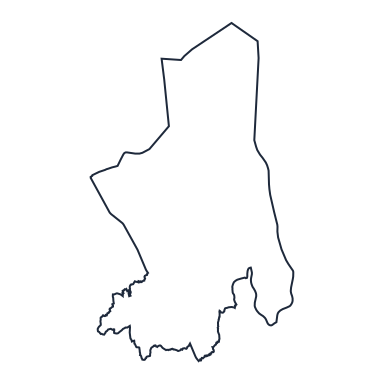 Pak Phayun, Thailand
{"feature_id": "78962969B11812729202220", "entity_name": "Pak Phayun", "entity_type": "district", "adm_level": 2, "iso_a3": "THA", "parent_name": "Thailand", "parent_adm1": "", "projection": "equal_earth", "projection_center": [100.293, 7.38], "detail": "fine", "context": "isolated", "style": "outline", "palette": "slate", "viewbox_px": 384, "rotation_deg": 0, "n_neighbors": 0, "source": "geoboundaries", "source_scale": "gbopen_adm2", "svg_char_len": 6081}
<svg xmlns="http://www.w3.org/2000/svg" viewBox="0 0 384 384"><path d="M90.7,177.9L109.7,212.6L111.1,214.1L121.9,222.7L122.6,223.3L123.6,224.6L137.5,249.7L145.9,269.6L146.5,270.7L148.0,272.9L147.2,273.5L147.2,274.5L147.1,274.9L146.1,275.1L145.5,275.6L144.9,275.8L144.5,276.6L144.5,276.9L144.7,277.9L145.1,278.3L145.1,278.6L144.8,279.2L144.4,279.6L144.3,280.6L143.2,280.8L142.1,281.6L141.6,282.1L141.2,282.0L140.8,281.4L139.9,282.2L139.3,281.4L138.5,281.1L138.2,282.3L137.2,281.9L136.1,281.9L134.9,281.3L134.0,282.6L133.7,283.3L133.2,284.1L132.8,284.3L131.6,284.3L130.8,284.6L130.7,285.1L130.2,285.4L129.9,286.1L129.7,287.1L130.0,288.8L129.7,289.2L130.1,290.4L130.3,291.3L130.7,291.9L130.7,292.7L129.8,294.4L130.5,295.7L129.2,296.2L128.6,293.5L128.9,293.1L128.7,292.3L128.3,291.7L128.1,290.6L127.2,291.1L126.3,288.9L124.7,289.8L124.5,289.5L124.1,289.9L123.6,290.7L123.4,290.4L122.7,290.8L122.8,291.1L122.7,291.2L123.4,293.0L122.5,293.1L122.9,294.6L122.6,294.7L122.7,296.0L120.6,294.4L117.4,293.4L116.5,293.4L114.3,294.4L112.9,294.4L112.8,295.9L112.9,297.0L113.2,297.8L113.4,300.9L113.8,303.5L112.3,304.2L112.5,305.0L113.0,305.6L113.0,306.6L112.0,307.1L111.3,307.7L110.9,308.1L109.8,308.6L109.9,309.5L109.6,309.8L110.3,311.1L109.2,312.0L109.1,312.4L108.7,312.8L108.6,313.0L108.2,313.1L108.1,312.9L107.8,313.2L107.4,313.3L107.3,313.8L107.1,314.0L107.1,314.7L106.7,315.4L105.7,315.0L105.4,315.9L104.9,316.1L104.1,316.0L103.3,315.3L102.9,315.3L102.2,316.6L101.5,316.9L100.7,317.6L100.6,318.2L100.7,319.7L100.4,321.3L100.8,324.1L100.7,325.1L98.9,326.8L97.8,328.6L97.7,329.2L97.9,331.1L98.0,331.4L99.1,331.9L100.6,333.8L100.8,334.0L101.6,333.8L103.0,334.5L104.2,334.6L104.9,333.4L105.5,332.7L105.8,331.7L107.2,330.8L108.1,329.5L110.8,328.8L112.5,329.8L112.8,329.8L113.4,329.3L114.2,329.4L114.3,330.1L114.1,331.1L114.1,332.9L114.5,333.1L116.4,333.5L117.5,333.4L118.1,333.2L119.7,331.8L121.7,330.3L123.0,328.9L124.9,328.0L125.4,327.5L127.4,327.5L129.8,325.9L130.0,327.2L129.7,332.6L130.3,337.4L130.5,338.6L131.3,339.5L131.9,341.5L132.6,341.1L134.2,340.7L134.3,341.3L134.4,343.6L134.8,343.8L136.3,347.0L136.5,347.2L139.0,347.4L139.3,347.7L139.8,351.4L139.7,351.9L140.0,352.6L140.2,354.1L140.0,355.1L140.7,355.4L141.2,356.3L141.5,357.7L141.7,358.0L141.7,358.3L142.1,358.8L142.3,359.6L143.9,359.9L144.6,359.8L145.1,359.4L145.5,358.3L146.1,358.1L146.6,356.8L147.3,356.5L149.9,356.0L150.1,355.6L150.1,354.0L150.5,352.4L150.3,350.8L150.4,350.0L151.1,348.3L151.4,347.7L153.1,346.6L153.8,345.8L154.4,345.9L154.6,345.5L155.5,345.4L156.3,346.6L157.0,346.6L157.3,346.9L158.4,345.9L160.0,345.4L160.9,345.8L162.6,347.9L164.9,349.4L165.6,349.8L166.0,350.1L166.9,349.8L167.1,349.9L168.0,349.8L168.4,350.1L169.4,349.6L169.9,349.8L170.6,349.6L170.9,349.2L171.3,349.0L171.7,349.1L172.2,348.8L172.5,349.1L173.2,349.1L173.5,349.5L174.1,349.4L174.8,349.7L175.2,349.7L176.0,350.0L176.8,350.2L177.8,350.9L178.2,351.0L180.0,350.4L180.7,350.0L181.2,349.2L182.3,349.7L182.9,348.5L184.5,348.2L185.5,348.5L186.0,348.8L186.4,348.8L186.8,348.4L187.4,346.8L189.2,345.7L189.2,344.9L190.0,343.5L195.5,356.6L196.4,358.2L198.6,361.0L199.0,360.5L199.5,360.5L199.9,360.2L200.4,360.4L200.6,359.9L200.1,359.6L200.2,359.3L200.7,359.2L201.2,359.7L201.4,358.8L201.8,357.9L202.0,357.9L202.4,358.2L203.0,358.3L203.6,357.6L204.6,356.9L204.7,356.0L205.1,355.9L205.2,355.6L205.4,355.6L205.5,356.0L205.9,355.8L206.0,356.2L206.2,356.3L206.7,356.1L206.9,355.6L207.3,355.8L207.5,355.5L207.9,355.5L208.2,355.1L208.8,355.4L209.3,355.2L209.4,354.3L210.2,354.5L210.2,354.2L210.0,353.9L210.1,353.6L210.5,353.5L210.9,353.8L211.2,353.7L211.4,352.5L211.9,352.1L212.7,352.0L213.1,352.2L213.4,352.1L213.8,351.6L213.8,351.0L213.7,350.7L213.7,350.1L213.0,349.0L213.0,348.3L212.5,347.1L212.8,347.1L213.2,347.3L214.7,345.4L214.9,345.3L215.2,344.9L215.9,344.6L216.0,344.3L216.1,343.6L216.3,342.8L216.8,342.8L217.2,342.1L217.5,342.6L218.0,342.0L218.9,341.8L219.2,339.4L219.5,338.9L219.4,338.2L219.2,334.9L218.3,332.6L217.9,331.3L218.0,330.3L217.9,329.6L218.1,328.6L217.7,327.8L218.3,326.4L218.0,325.6L218.1,324.6L218.0,324.0L218.0,322.4L218.6,320.5L218.6,319.6L218.9,319.3L218.9,318.5L219.2,317.8L219.1,317.2L219.6,316.8L219.6,313.3L219.4,311.7L219.6,310.8L220.2,311.2L220.9,312.4L222.8,312.7L223.4,312.3L224.2,311.4L224.4,311.0L224.3,310.3L224.5,310.0L225.0,308.5L225.4,308.2L227.3,307.8L228.6,307.3L231.7,307.0L234.2,307.5L234.8,307.9L235.1,306.4L235.0,305.9L235.4,305.8L235.4,305.3L235.6,305.3L236.4,304.6L234.9,302.0L234.3,300.3L234.1,299.2L234.4,298.0L234.4,297.2L234.2,295.4L234.0,294.8L232.9,293.1L232.7,292.5L232.4,289.2L232.5,288.0L232.3,287.3L232.3,286.7L232.9,284.5L233.8,282.4L234.1,282.0L235.6,280.7L237.3,279.7L241.3,278.5L244.9,277.6L245.7,278.2L246.5,278.0L247.0,277.8L247.3,276.4L247.3,273.7L247.6,271.0L248.1,269.4L248.7,268.4L250.2,267.7L250.8,267.6L251.9,272.5L251.9,274.1L251.1,278.0L250.9,280.0L251.1,282.4L251.5,284.0L252.5,286.7L254.0,289.0L255.2,291.2L256.0,293.4L256.2,294.7L256.2,296.3L254.8,302.7L254.7,305.9L255.0,307.1L256.2,309.7L257.2,311.2L259.1,313.4L260.9,314.7L263.1,316.1L264.9,317.8L265.9,319.3L267.5,323.0L268.3,324.2L269.5,325.1L270.9,325.4L271.5,325.3L272.2,325.0L274.6,323.2L276.4,322.2L277.3,315.2L277.8,313.4L278.6,312.1L280.3,310.5L282.7,309.1L286.6,307.6L289.6,306.2L290.5,305.4L291.5,303.9L292.2,302.5L292.6,300.9L292.6,298.4L292.1,296.1L291.2,293.6L290.8,291.6L290.8,290.4L291.1,287.4L292.8,279.1L293.2,276.6L293.3,272.5L293.2,271.4L292.9,270.6L288.5,264.2L286.1,260.2L281.5,249.3L278.1,237.4L277.4,231.6L277.5,226.7L277.3,224.7L274.2,212.3L270.2,194.9L269.4,189.1L269.0,184.4L268.6,170.7L268.1,168.5L267.1,165.3L265.8,162.5L262.7,158.0L260.0,154.6L257.3,150.1L256.1,146.7L254.3,140.2L258.6,58.1L257.6,41.2L231.5,23.0L192.1,49.3L184.4,56.0L181.0,60.0L161.6,58.7L164.2,79.4L168.9,126.2L149.4,149.1L142.4,152.8L139.5,153.6L135.2,153.6L127.0,152.4L125.7,152.4L125.2,152.6L124.2,153.2L123.3,154.5L120.6,159.7L117.6,165.9L115.6,166.5L112.0,167.4L108.2,168.7L106.5,169.2L105.1,169.9L99.1,171.9L92.5,175.1L92.2,175.4L92.2,175.9L90.7,176.9L90.9,177.6L90.7,177.9Z" fill="none" stroke="#1e293b" stroke-width="2"/></svg>